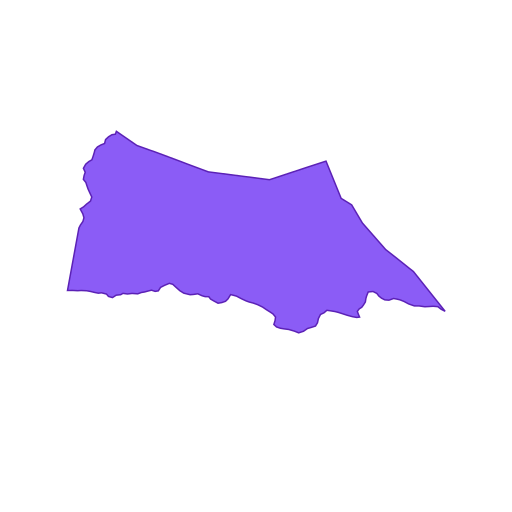 Uibaí, Bahia, Brazil (Natural Earth projection), rotated 297°
{"feature_id": "56859067B36146349449038", "entity_name": "Uibaí", "entity_type": "district", "adm_level": 2, "iso_a3": "BRA", "parent_name": "Brazil", "parent_adm1": "Bahia", "projection": "natural_earth1", "projection_center": [-42.132, -11.409], "detail": "fine", "context": "isolated", "style": "filled", "palette": "violet", "viewbox_px": 512, "rotation_deg": 297, "n_neighbors": 0, "source": "geoboundaries", "source_scale": "gbopen_adm2", "svg_char_len": 2058}
<svg xmlns="http://www.w3.org/2000/svg" viewBox="0 0 512 512"><g transform="rotate(297 256 256)"><path d="M139.7,103.7L142.1,108.3L144.1,112.8L145.9,115.9L148.2,121.0L149.3,124.7L150.3,128.9L151.3,132.4L153.1,135.1L154.2,140.1L153.0,142.9L153.8,147.0L157.6,149.2L160.1,153.0L162.3,154.4L163.8,158.7L166.4,162.6L168.6,167.8L171.5,170.5L173.4,173.1L175.5,175.4L178.1,178.4L178.7,182.2L180.6,184.8L184.7,185.2L188.3,187.8L192.3,191.2L193.0,194.7L191.9,198.6L190.5,203.9L190.1,208.5L190.8,211.5L191.6,214.9L193.4,217.8L195.9,221.3L196.1,226.0L196.7,229.1L198.3,232.4L197.0,235.1L196.8,239.0L196.7,243.6L199.0,246.7L201.8,249.4L205.0,250.5L210.1,250.9L210.8,254.0L211.4,256.9L211.3,262.3L211.5,267.6L211.9,270.8L212.8,274.9L213.4,279.6L213.5,285.0L212.9,289.6L212.5,294.1L212.1,297.4L210.5,301.1L207.1,302.3L203.1,303.0L202.1,306.5L202.7,310.6L203.9,314.3L205.4,318.5L206.5,324.4L206.9,328.9L210.5,332.5L214.8,334.8L217.4,337.6L220.6,340.8L224.4,341.1L228.6,340.0L233.2,340.0L236.3,342.4L239.8,343.8L241.0,347.3L242.4,351.7L243.1,354.8L243.8,359.0L244.6,364.1L245.7,369.4L247.0,373.7L248.6,376.0L250.8,373.4L252.7,371.4L255.8,372.0L258.3,373.5L261.2,374.0L264.7,374.3L268.0,373.2L270.6,372.7L274.9,372.3L277.5,376.4L277.5,380.7L276.1,383.6L275.4,387.0L275.4,390.7L277.0,394.5L280.6,397.9L281.5,400.9L282.3,404.1L282.7,408.5L282.6,413.7L283.4,419.7L285.6,424.1L287.4,429.4L289.3,432.7L291.6,436.6L293.4,441.0L292.6,445.2L292.6,449.6L313.6,403.4L314.9,396.9L317.6,383.8L320.6,368.6L333.7,335.8L345.0,318.0L346.0,305.7L372.3,275.3L362.5,265.5L357.5,260.5L330.1,233.4L309.3,175.3L306.7,152.6L306.0,145.9L302.7,117.2L302.2,114.0L300.4,99.7L303.7,75.0L300.7,75.4L298.7,72.6L295.3,70.5L291.5,69.1L287.5,70.0L284.7,67.5L281.2,65.2L277.4,64.3L274.9,64.9L270.9,65.6L267.2,66.1L264.3,64.2L260.5,62.6L255.8,62.4L253.1,65.8L249.7,66.3L245.9,67.4L244.3,71.0L241.7,73.6L239.5,75.9L237.1,78.9L234.0,82.9L229.8,83.6L225.4,81.5L221.6,80.1L218.1,78.0L214.9,82.6L212.0,85.3L208.2,86.1L203.8,85.5L200.6,85.5L139.7,103.7Z" fill="#8b5cf6" stroke="#5b21b6" stroke-width="1.5"/></g></svg>